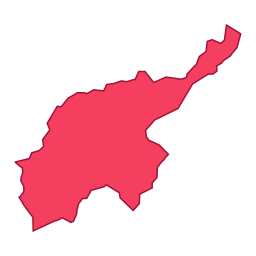 the district of Ukanafun, Akwa Ibom, Nigeria
{"feature_id": "59680162B24434385919413", "entity_name": "Ukanafun", "entity_type": "district", "adm_level": 2, "iso_a3": "NGA", "parent_name": "Nigeria", "parent_adm1": "Akwa Ibom", "projection": "robinson", "projection_center": [7.61, 4.901], "detail": "fine", "context": "isolated", "style": "filled", "palette": "rose", "viewbox_px": 256, "rotation_deg": 0, "n_neighbors": 0, "source": "geoboundaries", "source_scale": "gbopen_adm2", "svg_char_len": 1334}
<svg xmlns="http://www.w3.org/2000/svg" viewBox="0 0 256 256"><path d="M207.3,41.4L206.0,51.6L199.3,56.5L196.3,64.8L195.0,65.5L189.9,71.1L187.2,73.9L186.3,77.5L181.3,79.2L166.0,77.1L153.7,82.5L145.0,71.5L138.7,71.5L135.4,79.1L126.7,81.7L121.4,80.9L113.9,83.5L110.8,83.9L106.7,84.5L103.7,90.9L93.7,89.8L89.1,92.5L86.3,93.7L84.9,92.8L82.3,92.8L77.4,92.7L68.0,98.3L61.2,106.8L57.3,106.3L47.2,123.2L49.8,129.9L42.7,139.6L43.6,146.5L39.1,150.6L31.7,152.8L29.4,158.5L15.4,162.0L15.8,162.8L17.8,164.4L19.7,166.1L22.2,167.7L22.7,171.6L22.2,174.9L21.3,176.5L20.8,180.4L22.3,183.7L23.8,186.4L23.8,189.2L23.8,191.4L22.9,193.1L21.4,194.8L20.5,196.4L19.1,197.2L21.8,201.5L23.9,205.2L32.9,217.3L33.2,230.9L36.4,229.4L55.4,220.6L56.5,220.7L62.4,217.9L70.9,222.4L73.5,221.3L76.5,214.3L76.9,210.5L78.6,203.7L82.5,198.6L86.8,198.3L91.1,190.4L104.4,186.6L106.2,184.7L119.4,192.8L120.1,197.8L133.2,210.5L139.3,203.6L139.7,194.2L152.2,187.9L152.2,182.9L157.0,177.4L157.3,167.4L161.7,161.8L163.8,160.0L165.1,157.9L168.4,154.3L159.2,145.0L148.9,140.3L146.5,137.0L145.5,130.4L154.7,119.9L178.0,108.5L191.0,86.6L192.6,83.9L208.2,74.1L213.0,74.0L216.9,71.2L216.7,65.9L221.5,63.1L223.7,60.4L230.3,56.0L232.0,53.5L236.9,47.7L240.6,34.3L240.4,33.6L226.5,25.1L224.4,40.2L220.8,43.4L212.0,39.7L207.3,41.4Z" fill="#f43f5e" stroke="#9f1239" stroke-width="1.5"/></svg>